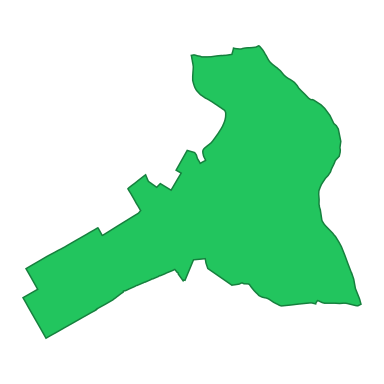 Facaeni, Ialomita, Romania
{"feature_id": "2599482B24358935740376", "entity_name": "Facaeni", "entity_type": "district", "adm_level": 2, "iso_a3": "ROU", "parent_name": "Romania", "parent_adm1": "Ialomita", "projection": "mercator", "projection_center": [27.92, 44.584], "detail": "fine", "context": "isolated", "style": "filled", "palette": "green", "viewbox_px": 384, "rotation_deg": 0, "n_neighbors": 0, "source": "geoboundaries", "source_scale": "gbopen_adm2", "svg_char_len": 5846}
<svg xmlns="http://www.w3.org/2000/svg" viewBox="0 0 384 384"><path d="M361.0,304.2L360.8,303.6L359.8,299.8L359.3,298.3L357.3,293.3L355.4,288.5L353.7,279.1L351.8,273.5L351.7,273.6L347.7,263.1L344.8,255.2L341.4,246.7L339.2,242.6L337.0,239.0L335.4,236.4L334.2,235.2L332.7,233.2L325.8,226.1L324.3,224.4L322.7,221.9L321.9,220.4L320.3,209.8L319.4,207.0L319.3,205.5L319.0,204.4L319.1,200.2L319.1,199.4L318.7,194.1L318.9,190.8L320.2,187.2L321.5,184.3L323.7,180.9L325.5,178.2L328.1,175.5L330.5,171.9L331.3,169.5L332.0,167.9L333.6,164.7L334.5,162.7L335.1,161.0L335.9,159.8L339.2,156.3L340.1,152.4L340.3,150.0L339.9,147.7L340.8,141.4L338.3,129.0L336.3,125.7L333.8,123.5L329.9,115.4L324.7,108.4L321.0,104.8L313.9,100.2L312.5,99.6L311.7,99.7L310.7,99.6L308.6,98.2L305.0,94.4L301.3,90.8L298.7,88.1L298.0,87.0L297.7,86.4L297.0,85.4L296.4,84.7L294.4,82.4L292.6,81.1L290.4,79.6L288.3,78.5L286.3,77.1L284.2,75.3L282.7,73.6L280.5,70.9L279.6,70.1L278.3,69.0L276.8,67.6L275.8,67.0L273.8,65.4L272.5,64.4L271.0,63.0L269.7,61.7L268.8,60.4L268.0,59.1L266.2,55.7L264.9,53.7L264.4,52.6L263.4,51.0L262.6,49.8L259.9,46.6L259.2,46.0L258.7,45.8L258.4,45.9L256.8,46.7L256.0,47.1L254.5,47.3L253.7,47.4L251.8,47.6L250.6,47.7L247.2,47.8L244.6,48.1L242.5,48.5L242.0,48.7L241.6,48.9L240.4,49.0L239.6,49.0L237.7,48.8L236.6,48.7L235.1,48.5L233.5,48.1L233.3,49.3L232.6,51.9L232.6,52.1L232.3,52.8L232.2,53.0L232.1,53.8L231.9,54.4L229.8,54.7L228.0,55.0L226.0,55.3L223.5,55.4L222.7,55.5L221.9,55.6L221.7,55.5L221.3,55.5L221.1,55.5L217.1,55.9L213.6,56.4L210.8,56.8L209.8,56.8L207.1,56.9L203.8,56.9L201.8,56.9L201.0,56.6L199.9,56.2L197.9,55.9L197.7,55.9L196.7,55.6L195.6,55.2L194.9,55.1L194.1,54.9L193.9,54.9L191.3,55.4L191.5,56.2L191.8,57.7L191.9,58.6L192.3,60.6L192.4,61.4L192.9,63.9L193.3,66.7L193.2,69.2L193.0,71.7L192.9,73.5L192.7,76.2L192.7,77.9L192.7,80.3L193.4,83.1L194.3,86.0L195.1,88.0L195.4,88.4L195.9,89.4L196.6,90.5L197.3,91.3L198.3,92.4L199.7,93.9L200.6,94.8L202.0,95.7L202.7,96.2L205.4,98.1L207.2,98.9L207.6,99.1L208.0,99.4L209.3,100.1L210.5,100.9L211.6,101.5L213.8,103.0L215.1,103.9L216.4,104.7L218.1,105.9L218.6,106.2L219.1,106.6L220.8,107.7L221.8,108.4L222.2,108.7L223.2,109.4L223.9,109.8L224.4,110.2L224.6,110.5L224.8,110.7L225.1,111.1L225.4,112.0L225.6,112.5L225.7,112.8L225.7,113.9L225.7,115.0L225.6,116.9L225.5,117.5L225.1,119.6L224.8,120.6L224.5,121.6L223.5,124.1L223.1,124.9L222.6,126.2L222.0,127.2L221.1,128.8L219.4,131.5L219.1,131.9L218.9,132.3L218.2,133.4L214.9,138.0L213.2,140.3L212.8,140.9L212.0,141.8L211.0,143.0L210.5,143.3L209.6,144.1L209.1,144.5L208.7,144.8L208.3,145.1L207.9,145.4L206.9,146.2L205.3,147.5L204.7,148.0L204.4,148.3L204.2,148.5L203.7,149.1L203.0,150.3L203.0,150.5L202.9,150.9L202.8,151.3L202.9,152.8L203.0,153.6L203.2,154.3L203.4,155.4L203.9,156.8L204.1,157.2L204.8,158.6L205.0,159.0L205.2,159.3L205.4,159.8L205.6,160.4L205.3,160.6L204.1,161.2L202.2,162.2L200.2,163.4L199.9,162.7L198.2,159.8L197.9,159.6L197.1,157.6L196.4,155.1L195.2,153.3L194.6,152.6L193.8,152.3L187.2,150.4L176.1,170.2L181.2,173.1L177.0,180.1L171.8,189.0L171.1,190.2L160.3,183.6L156.7,187.3L153.6,185.1L151.2,183.4L151.0,183.2L149.6,182.3L148.6,181.5L148.4,181.3L148.0,180.6L145.6,174.8L144.1,175.9L137.8,180.8L137.0,181.5L134.6,183.4L131.6,185.6L130.6,186.4L129.3,187.4L128.0,188.6L127.9,188.8L129.3,191.2L130.7,193.4L131.8,195.3L135.1,201.1L136.1,203.0L136.9,204.3L137.8,205.7L140.3,210.0L140.7,210.5L139.4,212.1L138.7,212.9L138.4,213.2L137.8,213.6L134.0,215.9L130.9,217.8L116.8,226.5L109.8,230.9L103.7,234.7L102.5,235.4L102.3,235.4L102.2,235.4L98.1,228.0L97.8,227.9L97.6,227.9L94.3,229.9L89.3,232.7L86.5,234.4L75.1,240.9L67.0,245.6L64.9,246.9L62.6,248.1L61.2,248.9L58.3,250.3L53.4,253.0L50.9,254.3L46.8,256.5L40.2,260.4L32.4,264.9L29.5,266.6L27.3,267.9L26.0,268.7L26.6,269.7L31.3,277.9L37.7,289.3L23.0,297.7L26.2,303.3L28.3,307.1L34.4,317.8L40.2,327.9L46.0,338.2L50.5,335.6L57.9,331.5L63.6,328.2L89.9,313.3L96.0,310.0L95.9,309.7L97.1,309.0L97.0,308.8L105.4,304.2L113.0,299.8L113.4,299.4L113.8,299.1L114.2,298.8L115.9,297.6L116.3,297.2L116.8,296.8L117.8,296.1L119.7,294.6L120.5,294.0L121.3,293.4L123.0,292.3L123.2,292.1L123.2,291.8L123.2,291.4L123.3,291.2L124.3,290.7L124.6,290.8L124.8,290.9L126.1,290.4L127.4,289.8L128.6,289.2L130.4,288.4L132.4,287.5L135.1,286.3L135.6,285.9L136.5,285.5L137.3,285.4L137.8,285.1L140.2,284.1L142.7,283.0L143.4,282.8L144.1,282.3L144.5,282.2L145.0,282.2L147.7,281.0L151.1,279.5L151.3,279.3L151.6,279.0L151.9,279.0L152.3,279.0L152.6,278.9L153.3,278.7L154.1,278.3L155.8,277.6L157.2,277.0L158.4,276.5L158.9,276.2L159.2,275.8L159.4,275.7L159.7,275.6L160.0,275.7L160.3,275.7L164.9,273.8L166.4,273.0L168.9,272.0L172.6,270.5L174.1,269.8L174.3,269.5L174.9,269.5L175.7,270.5L176.3,271.3L177.0,272.2L177.4,272.4L177.8,272.6L178.0,272.8L178.2,273.2L178.2,273.6L178.2,273.8L178.3,274.1L183.1,280.8L183.6,280.0L185.0,280.3L193.5,259.8L205.2,258.7L205.6,260.7L205.8,262.0L206.0,263.1L207.8,268.5L231.9,285.2L232.0,285.1L235.3,284.7L239.1,284.1L240.4,283.5L240.8,283.3L241.2,283.1L241.7,283.0L241.9,282.9L242.1,282.9L242.2,283.0L242.4,283.0L243.1,283.4L243.6,283.6L243.8,283.7L244.1,283.8L245.3,283.8L248.0,283.9L248.3,284.0L248.7,284.1L249.1,284.3L249.3,284.5L249.5,284.6L251.3,287.2L253.1,289.4L254.0,290.5L256.1,292.7L257.2,293.7L257.6,294.1L258.5,295.1L258.9,295.5L259.2,295.7L259.4,295.8L261.0,296.6L262.1,297.1L262.8,297.3L263.7,297.5L265.0,297.8L265.8,297.9L266.1,297.9L267.5,298.5L268.1,298.7L269.3,299.4L270.4,300.1L273.0,301.9L273.6,302.3L274.0,302.5L276.1,303.6L277.8,304.4L279.2,305.2L280.5,305.7L281.0,305.8L281.5,305.9L281.8,305.9L290.8,305.0L298.1,304.1L310.2,302.9L311.7,302.9L315.7,303.9L315.8,303.4L315.9,303.0L316.2,302.4L317.3,300.9L317.7,300.5L322.3,302.6L324.5,303.2L335.1,303.2L339.7,303.5L343.2,303.2L345.5,303.2L347.3,303.5L350.1,304.2L356.2,305.7L357.9,305.8L361.0,304.2Z" fill="#22c55e" stroke="#15803d" stroke-width="1.5"/></svg>